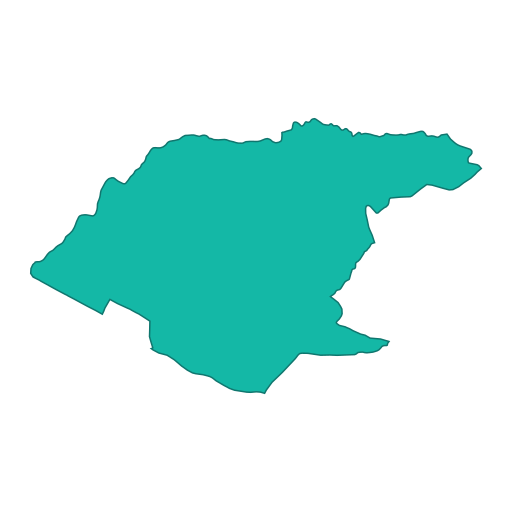 the district of Coatepeque, Quezaltenango, Guatemala
{"feature_id": "79465075B84423325132752", "entity_name": "Coatepeque", "entity_type": "district", "adm_level": 2, "iso_a3": "GTM", "parent_name": "Guatemala", "parent_adm1": "Quezaltenango", "projection": "mercator", "projection_center": [-91.974, 14.632], "detail": "fine", "context": "isolated", "style": "filled", "palette": "teal", "viewbox_px": 512, "rotation_deg": 0, "n_neighbors": 0, "source": "geoboundaries", "source_scale": "gbopen_adm2", "svg_char_len": 6064}
<svg xmlns="http://www.w3.org/2000/svg" viewBox="0 0 512 512"><path d="M33.6,277.3L39.6,280.3L40.6,281.0L56.4,289.7L64.9,294.2L67.0,295.2L67.9,295.8L73.8,298.9L87.3,306.2L95.5,310.4L102.3,314.2L103.7,311.3L104.9,308.1L109.9,299.4L113.2,301.2L117.4,303.5L127.6,308.2L130.0,309.2L131.3,310.0L131.6,310.2L136.0,312.6L138.9,314.0L149.9,321.1L149.7,330.3L149.5,336.6L151.0,342.0L152.8,347.9L152.3,348.3L151.3,348.6L153.0,349.9L158.8,353.0L167.1,355.2L174.2,359.7L181.7,366.1L187.3,370.1L192.5,372.9L195.7,373.7L203.0,374.7L207.7,375.9L210.0,376.6L212.3,377.8L216.1,380.8L224.1,385.5L227.0,387.0L229.5,388.4L234.5,390.2L246.5,392.1L250.4,392.3L256.3,391.8L260.4,392.1L264.6,393.3L266.3,390.1L272.0,382.3L279.2,375.4L282.5,372.2L295.3,358.6L297.9,355.2L299.6,353.6L302.0,353.2L307.8,353.3L320.6,355.2L329.9,355.0L337.1,355.3L354.7,354.6L356.3,353.9L357.8,352.6L360.0,352.2L362.7,352.1L364.7,352.6L366.8,352.8L369.8,352.5L372.9,352.1L375.6,351.3L377.4,350.7L379.2,349.6L380.8,347.9L382.0,346.4L383.8,345.6L386.7,345.5L387.3,345.1L387.6,343.4L389.0,341.5L380.5,339.0L370.1,338.1L365.1,335.2L360.6,334.1L353.0,330.7L349.5,328.7L346.8,327.6L345.1,326.8L339.3,325.4L336.6,323.4L336.3,322.4L337.0,321.3L339.4,318.9L341.4,315.8L342.1,313.7L341.9,309.1L340.6,306.5L338.1,302.6L334.0,299.3L330.4,296.6L331.6,295.6L332.8,294.9L333.6,294.3L334.8,293.3L335.6,291.7L336.1,291.0L336.8,290.4L337.7,290.0L338.7,289.8L339.7,289.5L340.4,288.9L341.0,288.2L344.2,283.0L344.9,282.0L346.2,281.0L347.2,280.4L348.7,279.7L349.3,279.2L349.6,278.2L351.0,273.0L351.5,271.7L352.0,269.8L352.6,269.2L354.6,268.6L355.1,268.1L355.4,267.5L355.5,266.8L355.6,265.7L355.5,264.9L355.8,262.9L356.9,261.9L357.6,261.6L358.2,261.1L359.0,260.3L360.0,259.3L360.9,257.9L363.8,253.4L364.0,252.7L364.5,251.6L365.4,251.3L366.7,250.5L367.9,248.8L368.8,247.9L369.8,246.6L370.8,244.6L371.5,243.8L372.3,243.4L374.6,242.7L372.2,235.3L369.7,229.7L368.7,227.1L367.2,219.8L365.7,213.4L365.6,208.5L366.2,206.3L367.2,205.6L368.5,205.5L369.6,205.9L370.9,207.0L376.2,212.9L376.9,213.1L378.0,212.9L381.2,210.0L384.3,207.7L386.3,206.7L388.0,204.9L388.7,203.1L389.3,199.4L389.8,198.5L390.5,198.0L400.7,197.1L410.2,196.7L412.0,195.9L420.6,189.0L426.8,184.5L432.0,185.1L443.1,188.3L449.2,189.9L452.9,189.6L458.7,186.7L463.7,182.8L470.8,178.2L475.0,174.4L477.2,172.0L481.3,168.5L478.8,165.6L477.1,164.7L469.2,163.1L468.4,162.6L468.1,161.6L467.9,159.9L468.1,158.2L468.7,157.0L470.9,154.7L471.8,153.4L471.9,152.4L471.9,151.4L471.5,150.5L470.4,149.4L468.8,148.8L460.0,145.9L457.6,144.8L455.6,143.5L454.0,142.2L450.5,139.1L447.0,134.1L441.2,135.0L439.7,136.3L438.2,137.2L437.5,137.2L436.3,137.0L433.9,136.2L432.7,136.0L431.5,135.9L428.5,136.3L427.5,136.2L426.1,135.3L425.7,134.4L425.0,133.4L424.0,132.3L423.2,131.6L422.6,131.4L421.8,131.3L420.5,131.4L416.8,132.4L413.7,133.4L409.6,133.9L407.4,134.4L406.0,135.0L405.2,135.0L404.2,135.0L403.1,134.9L401.6,134.5L400.1,134.5L399.2,134.8L398.1,135.0L395.9,135.1L392.2,134.9L390.4,134.7L389.5,134.4L387.5,133.7L386.8,133.5L385.8,133.7L385.2,134.0L384.0,135.3L383.4,135.7L382.7,135.8L380.7,136.5L379.6,136.8L378.9,136.7L377.0,136.0L374.4,135.5L370.4,134.3L368.4,133.9L365.8,133.5L364.1,133.6L361.3,134.3L360.1,132.9L358.8,132.4L357.9,132.9L353.7,136.1L353.0,136.4L352.2,135.7L351.9,133.9L351.6,132.9L351.2,132.3L350.4,131.8L349.4,131.5L348.3,130.6L347.3,129.4L346.5,128.8L345.2,128.7L343.3,130.0L342.5,130.1L341.7,130.0L340.9,129.5L338.9,127.0L337.1,125.8L336.5,125.7L334.6,125.8L333.6,125.8L332.9,125.3L332.4,124.6L331.2,123.8L330.2,124.0L329.5,124.7L328.6,125.2L325.9,124.9L324.2,124.6L323.3,124.4L322.4,123.9L320.5,122.4L316.0,119.3L314.7,118.7L313.8,118.8L312.5,119.1L311.5,119.7L310.1,121.6L309.0,122.3L307.7,122.3L306.4,121.9L305.6,122.0L304.8,123.0L304.2,124.2L303.3,125.3L302.2,126.0L301.2,126.0L299.1,123.9L297.6,122.8L296.5,122.3L295.5,122.1L294.4,122.2L293.6,122.8L293.3,123.5L292.7,125.7L292.4,128.0L292.0,128.9L291.3,129.8L290.6,130.1L286.8,131.1L283.7,132.2L283.0,132.1L281.9,132.6L282.0,135.4L281.7,139.4L281.2,140.8L280.1,141.6L279.3,142.1L278.3,142.4L277.0,142.6L275.8,142.8L275.0,142.6L273.2,141.9L272.5,141.6L270.5,139.8L269.4,139.2L267.4,138.6L266.2,138.8L265.1,139.0L261.6,140.4L260.8,140.8L258.8,141.3L257.2,141.5L255.1,141.5L252.9,141.4L250.0,141.4L247.4,141.6L246.0,141.7L244.7,142.2L243.1,143.0L241.9,143.2L238.1,143.1L235.9,142.6L233.4,141.8L229.4,140.9L226.5,139.8L225.8,139.7L224.6,139.5L222.8,139.6L218.4,139.9L214.9,139.7L213.7,139.6L211.6,138.7L210.5,138.4L209.4,138.5L207.6,136.6L206.5,135.8L205.7,135.5L204.2,135.2L202.7,135.3L201.6,135.6L199.3,136.4L196.3,135.7L195.0,135.3L193.5,135.0L191.7,135.0L188.3,135.3L186.2,135.4L185.1,135.5L184.3,135.9L182.9,136.6L181.3,137.7L180.0,138.8L178.8,139.5L174.5,140.5L170.2,141.2L169.1,141.6L168.3,142.1L167.6,142.6L165.8,144.9L164.3,146.1L162.7,147.1L160.8,147.7L159.7,147.9L157.7,147.9L155.8,147.7L153.7,147.8L153.0,148.0L152.2,148.6L151.3,149.5L150.5,150.5L149.4,152.4L148.0,154.5L146.6,156.1L146.2,156.9L145.7,159.1L145.1,160.6L144.5,161.7L143.8,162.5L142.8,163.3L141.5,164.6L140.7,166.7L140.1,167.6L138.7,168.7L136.1,170.1L135.4,170.7L134.7,171.7L134.0,173.2L133.2,174.2L132.6,174.9L130.6,176.7L128.0,180.5L125.6,183.4L124.7,183.8L123.3,183.7L122.5,183.4L118.3,181.3L116.2,179.8L114.8,178.6L113.9,178.0L113.1,177.8L111.7,177.8L109.7,178.4L108.9,178.7L107.5,179.8L105.8,181.7L104.9,183.2L101.1,190.3L100.6,192.4L100.2,195.4L99.8,197.3L99.1,199.5L98.2,201.6L97.5,203.9L97.3,207.7L97.0,209.7L96.2,212.1L95.7,213.5L94.6,214.9L93.9,215.5L92.9,215.9L92.3,215.9L86.7,214.9L85.0,214.8L82.9,215.0L81.6,215.2L80.6,215.6L79.7,216.0L79.1,216.6L78.6,217.3L76.6,221.5L75.5,224.6L74.4,227.3L72.5,230.7L70.5,232.9L69.7,233.7L67.5,235.4L65.8,236.9L65.4,237.8L64.9,239.2L63.0,242.3L61.8,243.5L57.9,245.7L57.0,246.4L56.2,247.0L53.3,250.0L52.4,250.6L50.3,251.7L49.4,252.3L48.6,253.1L47.4,254.4L45.3,257.4L44.1,259.0L43.3,259.8L42.3,260.5L41.0,261.2L40.2,261.5L39.6,261.7L36.6,261.8L35.2,262.1L34.9,262.8L33.7,263.8L32.8,264.7L31.0,268.5L30.7,273.4L32.9,276.8L33.7,277.0L33.6,277.3Z" fill="#14b8a6" stroke="#0f766e" stroke-width="1.5"/></svg>